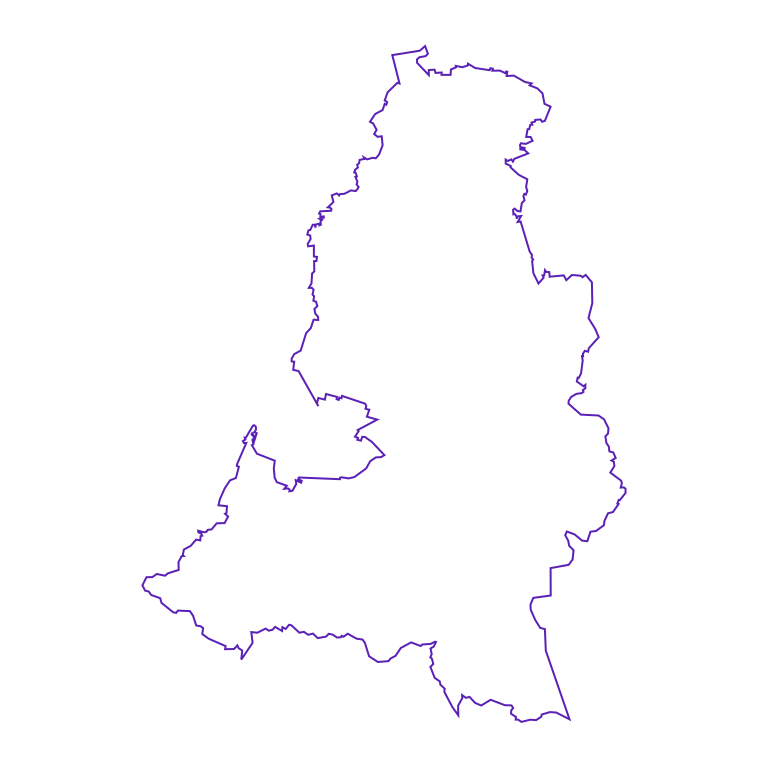 outline of Cocula, Jalisco, Mexico
{"feature_id": "50627088B61483456633974", "entity_name": "Cocula", "entity_type": "district", "adm_level": 2, "iso_a3": "MEX", "parent_name": "Mexico", "parent_adm1": "Jalisco", "projection": "albers", "projection_center": [-103.833, 20.404], "detail": "fine", "context": "isolated", "style": "outline", "palette": "violet", "viewbox_px": 768, "rotation_deg": 0, "n_neighbors": 0, "source": "geoboundaries", "source_scale": "gbopen_adm2", "svg_char_len": 6087}
<svg xmlns="http://www.w3.org/2000/svg" viewBox="0 0 768 768"><path d="M569.5,719.3L545.8,650.7L544.9,629.1L540.2,627.9L535.2,619.9L530.7,609.7L530.5,604.5L533.3,597.9L550.7,595.5L550.6,568.1L568.7,564.8L572.6,559.5L573.6,550.3L569.2,545.8L568.2,540.6L565.2,535.2L566.8,531.5L574.6,534.4L582.1,540.6L587.3,541.2L590.5,531.7L596.0,531.0L603.9,525.2L604.4,521.1L608.0,513.3L613.0,512.0L618.6,504.0L617.4,503.5L618.7,500.0L619.8,500.2L625.6,492.8L625.5,488.7L623.8,487.4L620.7,487.6L621.9,483.2L621.1,480.6L610.3,472.6L614.4,466.0L613.8,461.8L611.5,460.5L615.7,458.0L613.3,452.5L609.4,451.4L608.8,446.5L606.4,443.0L605.4,436.4L608.0,433.6L608.5,428.3L604.0,419.3L598.5,415.5L580.8,414.6L568.5,403.7L568.7,400.8L571.1,397.0L576.3,393.9L581.7,393.1L583.5,391.9L582.9,390.0L585.3,388.4L585.4,384.8L583.6,386.3L576.8,381.5L577.7,377.6L578.8,377.9L581.0,373.5L582.7,360.6L582.0,356.1L583.1,356.2L582.9,353.7L584.9,350.8L588.1,351.7L588.8,348.2L598.7,337.2L595.2,328.9L588.5,318.1L592.3,303.1L591.9,282.3L585.7,274.9L582.6,277.2L580.6,275.7L571.9,275.0L566.3,280.2L563.8,275.4L549.6,276.7L549.3,272.1L546.2,271.9L545.0,270.2L544.2,275.3L542.6,275.4L543.6,277.7L538.5,283.5L533.4,273.2L532.1,261.0L533.2,259.6L531.6,257.7L531.9,254.8L529.7,251.6L520.6,221.5L517.7,222.0L521.1,216.0L518.0,216.3L516.5,218.6L516.7,216.3L514.3,213.7L513.4,214.2L513.1,209.7L514.6,208.6L517.5,211.0L520.5,211.4L521.8,203.2L524.5,200.3L523.4,195.9L524.4,193.9L525.9,194.6L527.3,190.9L526.1,187.1L527.3,179.3L518.7,174.8L510.5,167.3L510.8,166.1L505.7,163.6L505.7,159.6L507.8,161.0L511.4,159.4L512.9,161.6L514.4,158.8L528.2,153.4L524.6,150.0L520.3,149.4L520.4,147.4L525.6,148.1L520.3,147.1L520.0,145.2L520.9,143.3L525.8,143.9L532.6,140.8L530.6,137.0L526.2,136.9L527.6,129.2L529.2,129.1L530.3,124.8L532.3,124.7L531.6,122.5L535.1,121.5L535.2,119.9L540.6,119.5L542.1,121.8L544.9,120.8L550.6,106.7L544.5,103.8L542.5,93.4L537.4,88.4L529.6,85.3L531.6,83.4L525.0,82.0L513.8,75.6L506.6,76.0L507.3,71.7L506.2,71.5L505.4,73.1L499.8,70.6L492.4,70.7L492.9,68.7L490.4,68.2L489.7,70.2L475.1,68.0L468.0,63.7L467.9,65.4L462.4,67.2L455.8,65.9L456.0,67.3L450.9,69.5L450.6,74.9L441.5,74.9L441.7,72.5L435.5,72.9L434.6,69.7L428.8,70.0L428.8,75.1L417.1,62.8L417.0,59.4L419.5,57.2L425.6,56.1L427.9,53.7L425.1,46.1L419.8,50.7L392.3,55.1L399.5,83.5L397.3,82.9L387.6,92.3L384.7,100.5L387.2,102.0L386.3,104.7L384.7,103.9L382.6,110.0L375.1,114.1L370.0,121.8L373.1,123.4L376.6,129.8L374.2,134.1L377.6,136.8L381.7,136.3L382.6,145.3L379.1,154.5L375.8,158.3L372.6,157.8L367.2,159.4L363.9,157.4L364.6,158.9L359.6,159.9L359.1,163.2L357.2,164.7L357.9,167.5L355.0,169.8L354.2,172.4L355.5,172.5L356.9,176.4L355.4,176.9L357.4,181.5L356.6,184.4L358.6,187.0L357.4,189.1L355.7,191.1L351.0,190.4L344.3,193.8L339.9,194.1L339.1,195.5L336.9,193.4L331.8,195.4L333.4,202.0L327.9,207.3L330.1,207.6L331.5,209.2L331.0,210.8L320.3,211.3L319.1,213.6L320.6,214.3L320.3,217.0L323.7,216.4L323.8,217.6L319.6,218.8L322.0,219.9L320.6,220.9L320.8,224.8L319.4,225.3L319.4,223.6L315.7,224.5L315.4,227.6L314.8,224.7L312.7,224.8L310.3,229.9L308.5,230.3L307.3,234.6L310.2,235.5L310.6,239.0L307.7,243.9L308.1,246.3L313.9,245.6L313.9,256.5L317.0,256.9L316.4,261.0L314.1,261.1L314.3,271.4L312.1,273.5L311.5,283.3L308.8,287.9L311.9,287.9L313.6,289.7L312.5,294.5L314.1,296.2L313.4,300.7L316.1,301.8L317.3,306.1L314.4,309.0L315.3,313.6L318.1,316.9L318.2,320.0L313.6,319.7L310.8,328.1L306.1,333.2L300.7,350.6L294.2,354.1L291.6,358.9L291.7,361.5L294.2,361.7L293.2,369.8L298.6,371.1L318.4,406.2L316.9,403.6L318.3,398.0L324.9,399.6L326.0,394.0L337.0,396.9L336.6,399.2L338.8,399.9L339.3,397.6L341.5,398.2L342.0,395.9L365.2,403.7L366.3,406.0L365.5,408.8L369.3,409.7L366.9,416.7L377.2,419.6L357.6,430.1L358.6,431.2L355.0,436.7L358.0,437.9L357.4,439.8L360.9,440.7L362.3,436.8L365.0,437.0L371.9,441.9L384.4,455.1L381.1,457.1L375.9,457.4L370.2,461.2L366.2,468.4L354.3,477.1L348.5,478.4L341.7,477.3L340.1,477.7L340.0,479.2L298.8,477.5L298.2,479.1L301.7,480.8L301.1,482.7L295.7,480.2L296.3,483.9L294.9,486.4L292.5,490.7L289.4,491.3L289.6,489.5L288.0,488.4L284.3,488.8L286.8,485.7L276.9,482.2L274.7,477.8L273.8,468.6L274.8,460.7L256.9,453.7L251.9,445.2L253.4,444.3L252.4,439.8L253.9,438.2L254.4,440.4L255.2,438.1L251.6,434.4L252.1,433.3L255.3,437.4L256.7,433.2L254.2,432.2L256.0,429.7L255.8,426.7L254.1,425.2L252.9,425.7L245.9,437.6L244.7,437.6L245.4,439.5L242.9,441.1L243.9,443.0L246.3,442.9L236.9,464.6L236.9,466.0L238.9,466.7L235.9,478.0L230.1,480.3L224.8,488.2L219.9,499.2L218.5,505.3L227.0,506.2L226.5,512.9L225.0,513.8L228.1,516.5L224.6,523.1L216.7,523.3L211.6,529.4L207.6,529.9L206.7,531.6L204.3,532.3L198.2,530.7L198.4,532.4L201.2,533.5L202.2,535.7L200.6,536.1L200.2,540.4L196.1,539.6L190.7,545.9L183.9,549.5L182.8,555.1L183.7,556.0L181.7,556.1L178.5,562.1L178.7,569.9L168.0,573.3L165.0,575.7L156.8,574.0L152.4,577.1L146.5,577.2L142.4,585.3L145.1,590.6L148.7,591.5L151.2,595.0L160.2,598.2L161.5,602.9L173.2,612.3L176.1,612.9L177.9,610.6L189.9,611.1L193.1,615.8L196.2,625.5L200.5,626.2L203.1,628.1L202.3,634.1L208.7,638.7L225.6,646.1L225.1,649.2L234.0,649.0L237.4,645.4L238.6,648.2L242.2,650.5L241.3,659.6L252.6,642.8L251.3,632.1L257.4,632.7L265.6,628.6L268.8,630.7L272.6,629.7L275.1,626.9L282.1,631.0L282.4,627.2L285.7,629.0L289.0,624.8L291.4,625.3L299.4,632.7L303.9,631.8L308.2,634.8L313.0,633.6L317.7,638.1L326.1,636.6L328.7,633.8L332.9,634.7L336.9,637.5L340.8,637.3L341.7,635.8L343.4,636.8L347.7,633.7L356.6,638.7L362.5,639.5L364.9,642.9L369.1,656.3L377.9,662.0L388.6,661.1L390.4,658.6L395.6,655.8L400.8,648.0L411.1,642.4L420.7,646.0L422.2,644.5L430.7,643.9L435.0,641.7L436.0,642.0L433.7,646.6L430.5,648.5L431.7,654.1L430.3,657.4L431.8,658.5L433.3,663.9L430.4,666.9L434.7,677.9L439.7,681.3L440.4,684.7L444.7,688.7L444.3,691.8L452.4,707.1L458.3,715.3L458.1,705.7L462.3,698.1L462.1,695.1L465.9,697.8L469.5,696.9L475.1,702.9L481.2,705.5L490.6,699.8L504.9,705.2L511.5,705.4L513.2,708.0L511.2,710.4L511.1,713.8L516.0,717.0L515.7,719.6L518.0,719.6L521.5,721.9L530.2,719.7L536.2,720.1L541.2,716.8L541.8,714.5L549.9,712.1L556.2,712.5L569.5,719.3Z" fill="none" stroke="#5b21b6" stroke-width="2"/></svg>